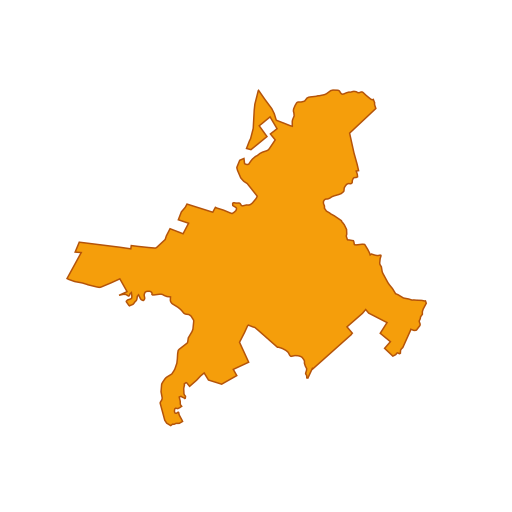 outline of Avram Iancu, Bihor, Romania, rotated 105°
{"feature_id": "2599482B98279949675943", "entity_name": "Avram Iancu", "entity_type": "district", "adm_level": 2, "iso_a3": "ROU", "parent_name": "Romania", "parent_adm1": "Bihor", "projection": "orthographic", "projection_center": [21.526, 46.667], "detail": "fine", "context": "isolated", "style": "filled", "palette": "amber", "viewbox_px": 512, "rotation_deg": 105, "n_neighbors": 0, "source": "geoboundaries", "source_scale": "gbopen_adm2", "svg_char_len": 6084}
<svg xmlns="http://www.w3.org/2000/svg" viewBox="0 0 512 512"><g transform="rotate(105 256 256)"><path d="M441.9,294.5L440.0,293.0L440.0,292.4L439.5,291.2L438.4,290.0L437.5,286.8L434.8,284.1L433.6,285.1L430.0,288.5L429.0,289.3L427.2,290.2L427.0,290.8L428.5,292.1L428.7,293.0L428.6,293.6L428.1,294.1L426.9,294.7L424.7,294.9L423.8,294.2L423.7,292.1L422.3,290.5L420.4,288.9L419.5,290.2L418.6,290.8L415.9,291.6L412.1,293.7L411.8,293.5L411.4,292.6L411.0,292.3L411.0,291.7L411.5,290.6L411.5,289.3L412.1,287.9L411.7,287.5L410.0,287.7L409.6,287.9L409.1,288.8L407.8,289.9L403.2,291.4L402.2,291.6L399.1,291.7L398.2,292.2L396.7,291.1L396.4,290.8L396.4,290.3L396.6,289.9L399.1,286.4L391.3,281.2L386.2,278.5L382.4,275.8L388.1,269.8L388.7,256.0L376.5,243.6L371.4,248.6L360.5,235.6L343.6,249.6L333.0,247.3L325.8,246.1L324.7,245.5L325.3,240.6L325.3,238.6L327.6,233.8L338.6,211.7L338.3,210.7L338.4,207.9L338.6,206.2L339.4,202.8L339.8,201.9L340.5,200.4L341.3,199.4L343.0,197.9L343.8,196.7L343.8,196.0L342.1,192.6L341.5,189.9L341.4,188.3L341.6,186.3L342.0,185.2L343.4,183.4L344.6,182.2L345.3,181.9L347.0,181.5L347.8,181.0L349.5,179.9L351.7,177.9L353.4,177.6L356.1,177.7L356.9,177.6L358.4,176.1L360.6,175.4L360.5,174.3L350.1,172.5L350.5,172.0L307.2,143.6L306.1,143.3L305.6,143.0L300.9,149.8L283.8,138.3L279.3,136.2L282.0,132.4L286.4,112.2L298.5,116.0L304.0,104.0L311.9,107.9L317.3,97.9L315.2,95.6L313.0,94.5L312.9,94.1L313.3,92.2L312.9,91.7L312.5,91.7L312.4,91.4L310.0,91.9L309.1,91.9L308.1,91.5L306.4,90.5L287.8,87.5L286.7,87.5L287.0,84.5L286.9,83.6L286.4,82.4L286.0,81.8L280.8,79.7L279.9,79.7L279.2,79.9L277.0,81.4L276.3,81.5L274.1,81.1L272.1,81.3L269.2,80.2L266.8,80.9L264.1,80.8L257.6,79.3L255.5,80.7L255.8,81.4L256.0,84.4L257.2,89.8L257.6,92.2L258.2,93.9L258.0,97.3L258.4,102.7L256.6,108.9L256.3,111.4L252.1,115.8L249.3,119.7L247.6,121.7L239.7,129.2L238.4,130.1L234.0,132.1L232.1,134.1L230.8,134.7L226.4,135.4L223.5,135.3L223.0,135.6L223.0,136.3L223.8,137.8L224.2,139.0L224.4,141.4L224.2,145.1L225.4,146.0L223.6,147.2L220.7,149.8L216.8,153.9L216.7,154.4L217.1,156.4L219.3,161.9L219.6,163.5L219.4,164.0L216.9,165.2L216.0,165.9L216.1,166.6L216.4,170.2L216.7,171.6L216.5,172.0L213.7,173.8L213.2,174.0L211.4,174.0L206.9,175.4L203.0,178.8L201.2,181.1L200.6,182.2L199.8,182.6L196.9,190.8L195.9,195.0L195.4,195.9L194.4,199.6L192.0,202.4L191.2,202.4L189.7,203.0L188.2,204.2L186.4,204.9L184.9,204.8L183.7,204.2L183.0,203.4L182.3,201.4L181.0,199.7L179.1,198.0L177.7,196.1L175.1,191.8L173.6,189.8L171.5,188.3L170.5,187.9L167.5,188.4L166.0,188.1L163.5,187.1L162.5,186.1L162.1,185.4L161.7,183.3L161.2,182.6L160.3,182.1L157.9,182.5L156.0,182.2L155.0,181.6L154.1,179.3L153.2,178.4L150.9,179.3L148.0,181.2L147.0,179.0L141.5,181.9L131.0,188.1L113.1,197.4L82.5,178.4L80.1,180.0L78.5,180.9L77.4,181.0L74.4,183.2L74.9,183.7L74.9,185.4L74.7,186.0L72.2,191.5L70.4,194.8L70.1,195.8L70.2,196.4L70.4,197.0L71.4,198.3L71.9,199.7L71.4,201.7L71.5,203.3L71.8,204.6L73.4,207.3L73.6,208.6L74.1,209.5L75.1,211.1L76.7,213.1L77.2,214.1L77.4,214.6L77.1,215.6L76.6,216.5L75.4,217.7L74.9,218.4L74.7,219.4L74.8,220.3L75.8,224.6L76.9,226.6L81.0,229.9L82.2,231.3L82.9,232.5L84.8,236.3L85.3,237.8L86.2,239.3L88.3,244.7L89.0,246.2L90.2,247.6L93.5,249.0L94.1,249.6L95.6,252.3L96.2,254.7L96.5,255.4L97.0,256.0L97.6,256.4L100.5,257.2L104.0,257.7L105.2,257.6L106.3,257.4L108.1,256.4L110.8,255.4L114.6,255.9L115.7,255.9L116.7,255.8L121.3,254.5L121.3,256.6L119.6,271.4L119.1,271.9L113.8,275.2L109.6,278.9L102.4,288.0L95.3,296.4L95.7,296.6L109.6,296.4L115.4,295.5L133.5,291.7L144.1,291.6L146.4,292.1L154.6,293.0L154.6,288.4L137.8,276.3L129.4,286.6L118.0,278.4L127.6,268.6L134.4,273.7L138.9,267.5L148.6,270.8L150.2,271.5L151.5,272.8L154.0,276.6L155.9,278.7L158.7,280.8L160.0,282.3L163.4,284.6L165.7,285.6L169.2,286.8L169.8,287.8L170.0,288.8L170.0,290.1L169.6,291.0L164.9,292.9L167.5,296.2L167.8,296.5L174.9,297.4L175.5,297.4L176.2,297.1L178.1,296.0L184.2,291.2L184.7,290.7L186.8,287.5L187.2,286.6L188.3,283.2L197.9,270.3L200.3,270.7L205.8,273.2L207.7,274.7L208.3,275.5L208.7,276.4L209.2,278.5L209.5,279.0L211.1,282.0L211.1,282.8L210.9,283.3L209.4,284.9L209.2,286.0L210.1,289.1L210.2,291.1L210.6,291.8L210.8,292.0L211.6,292.1L213.2,291.5L213.4,291.1L214.3,288.0L214.7,287.4L215.6,287.0L217.1,287.1L217.6,287.3L219.6,288.6L221.2,290.1L221.1,291.9L220.1,299.2L219.8,306.3L219.5,307.8L224.9,309.1L223.7,336.1L227.2,336.9L232.7,339.5L241.1,340.4L241.8,329.6L253.4,332.2L251.9,346.1L259.8,347.8L263.6,348.0L273.2,354.0L274.3,355.0L274.5,355.7L275.6,361.9L277.3,372.7L278.2,379.2L281.5,378.8L282.8,390.0L288.4,430.3L299.0,431.7L298.8,430.4L297.9,425.7L326.7,432.7L327.1,430.6L327.6,424.5L327.0,416.8L327.2,411.2L327.3,411.1L327.3,410.7L327.1,401.9L326.9,399.4L326.5,398.3L326.0,397.5L319.5,389.1L313.3,381.6L323.8,371.3L329.4,378.1L327.4,374.3L326.9,372.3L326.9,371.5L327.2,370.4L327.6,369.1L327.6,368.5L326.6,368.0L325.1,367.9L323.6,366.9L326.9,365.5L328.6,365.2L329.3,365.4L330.0,366.1L331.7,368.7L333.1,369.5L333.7,369.5L336.6,366.0L336.9,365.3L336.1,364.4L335.3,363.3L334.5,362.3L333.6,361.8L331.5,361.0L330.4,360.3L329.6,360.0L328.5,359.9L325.6,360.2L323.9,359.4L327.3,356.4L327.8,355.7L328.1,354.6L328.2,353.8L328.1,353.2L327.4,352.8L326.9,352.6L325.9,352.5L325.2,352.7L322.8,353.9L321.9,354.0L320.6,353.9L319.7,353.7L319.3,353.4L318.5,352.4L318.2,351.7L317.6,349.6L317.7,348.6L318.0,347.7L318.8,346.8L320.0,346.6L320.3,346.1L320.4,345.7L319.8,343.9L317.8,339.1L317.4,337.5L317.4,336.3L317.9,334.3L318.2,331.4L317.6,328.0L320.9,327.3L321.9,326.8L322.5,326.3L323.5,325.1L323.9,324.2L325.7,318.2L326.8,315.7L327.8,313.9L329.9,310.9L330.3,309.5L330.3,308.6L330.0,306.4L330.0,305.4L330.7,303.5L331.1,302.9L334.0,299.8L334.4,299.5L335.6,299.2L342.9,298.0L345.4,298.2L352.6,300.2L356.9,299.7L357.7,299.8L365.9,306.0L367.1,306.6L367.6,306.7L370.6,306.4L376.0,305.3L380.0,304.7L386.0,305.1L387.9,305.5L391.8,306.8L396.0,310.8L397.1,311.6L398.1,312.1L401.5,313.3L403.7,313.9L404.6,313.9L411.7,312.6L417.3,309.9L418.4,309.7L419.5,309.8L422.2,310.6L423.1,310.4L438.3,301.6L440.6,299.0L441.9,294.5Z" fill="#f59e0b" stroke="#b45309" stroke-width="1.5"/></g></svg>